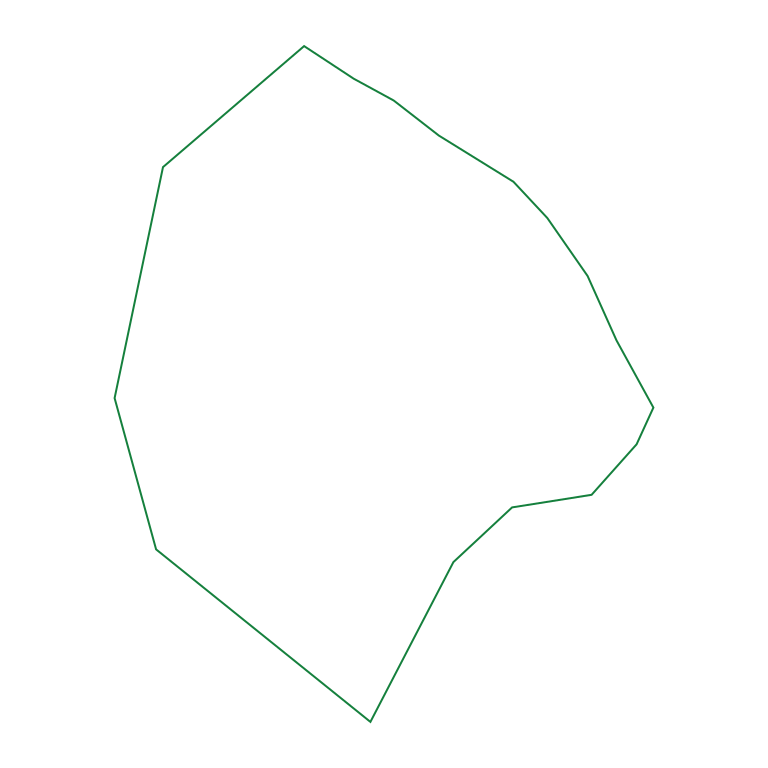 outline of Ciudad de Buenos Aires
{"feature_id": "ARG-5493", "entity_name": "Ciudad de Buenos Aires", "entity_type": "Federal District", "adm_level": 1, "iso_a3": "ARG", "parent_name": "Argentina", "parent_adm1": "", "projection": "mercator", "projection_center": [-58.418, -34.648], "detail": "fine", "context": "isolated", "style": "outline", "palette": "green", "viewbox_px": 768, "rotation_deg": 0, "n_neighbors": 0, "source": "natural_earth", "source_scale": "10m", "svg_char_len": 340}
<svg xmlns="http://www.w3.org/2000/svg" viewBox="0 0 768 768"><path d="M304.1,46.1L353.7,78.7L393.7,100.5L438.9,135.6L513.5,181.8L547.3,218.0L587.6,276.0L616.5,340.4L653.4,407.6L636.6,444.3L591.6,494.8L512.1,507.4L453.4,562.1L370.4,721.9L156.1,549.4L114.6,398.1L163.0,167.1L304.1,46.1Z" fill="none" stroke="#15803d" stroke-width="2"/></svg>